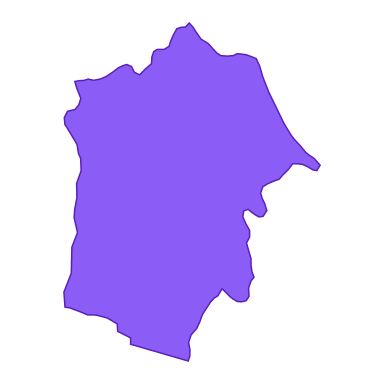 the district of Paraipaba, Ceará, Brazil
{"feature_id": "56859067B23139491669089", "entity_name": "Paraipaba", "entity_type": "district", "adm_level": 2, "iso_a3": "BRA", "parent_name": "Brazil", "parent_adm1": "Ceará", "projection": "equal_earth", "projection_center": [-39.165, -3.424], "detail": "fine", "context": "isolated", "style": "filled", "palette": "violet", "viewbox_px": 384, "rotation_deg": 0, "n_neighbors": 0, "source": "geoboundaries", "source_scale": "gbopen_adm2", "svg_char_len": 1745}
<svg xmlns="http://www.w3.org/2000/svg" viewBox="0 0 384 384"><path d="M320.1,165.2L314.1,158.4L309.4,155.3L305.8,152.5L300.6,146.1L293.8,138.8L290.9,134.8L287.2,128.8L284.2,123.8L268.8,92.2L262.8,76.9L259.6,65.9L256.2,58.6L250.8,56.4L246.0,54.7L240.8,54.0L237.0,53.7L233.4,55.6L227.4,56.1L220.8,55.6L216.6,52.8L213.0,48.9L208.2,43.5L201.0,39.1L196.4,32.5L192.9,27.0L189.2,23.0L185.5,27.0L181.2,27.3L176.8,28.7L173.4,34.9L170.8,40.8L169.0,46.4L164.0,49.4L157.3,49.4L153.8,51.5L151.9,56.9L151.5,63.7L145.3,69.1L139.6,74.8L134.4,72.3L131.5,66.6L126.9,64.5L123.3,65.5L118.5,67.7L112.1,72.6L105.8,76.7L100.3,79.0L93.7,80.3L88.2,79.1L84.0,80.4L78.9,80.7L74.8,81.5L76.9,88.5L80.8,98.4L78.8,104.9L74.9,109.5L67.5,111.3L64.3,117.6L64.9,124.5L68.7,130.4L77.0,144.5L78.5,153.6L80.7,158.5L81.1,170.8L76.6,183.5L76.9,197.6L74.7,209.6L74.1,217.5L77.5,232.6L71.9,247.1L71.6,260.0L71.3,273.2L63.9,292.1L65.0,307.1L70.1,308.0L78.7,311.2L82.7,312.8L87.7,314.9L94.1,314.9L97.9,315.5L107.0,317.9L117.2,323.9L117.7,331.4L130.6,337.9L130.6,344.3L188.2,361.0L189.8,356.2L190.0,349.9L188.6,342.5L191.1,334.9L196.6,328.6L199.8,321.9L202.4,314.5L206.2,308.7L210.2,302.5L214.2,298.0L217.9,295.8L222.0,288.8L226.0,292.5L229.2,295.9L232.6,298.7L237.2,301.5L241.8,301.8L246.2,300.7L249.0,296.3L248.6,288.0L251.0,281.0L254.0,277.2L252.0,271.9L251.0,265.1L251.0,258.6L248.6,250.4L246.5,243.0L249.6,237.1L249.6,230.4L245.7,223.4L242.8,216.7L243.8,210.8L248.2,209.4L252.2,212.7L255.6,215.0L259.0,216.9L263.0,216.4L266.8,210.7L264.8,203.8L262.2,198.4L260.6,193.2L262.8,186.8L267.6,183.8L274.6,180.8L279.2,179.2L283.1,174.6L287.8,170.1L292.8,163.7L298.6,163.9L302.5,164.4L307.4,166.6L312.7,169.8L316.8,170.6L320.1,165.2Z" fill="#8b5cf6" stroke="#5b21b6" stroke-width="1.5"/></svg>